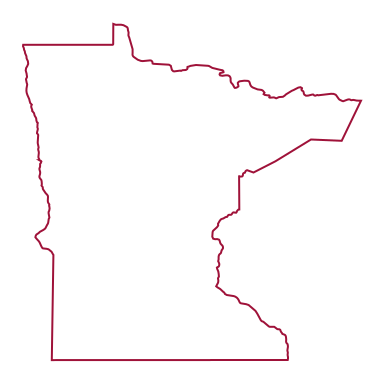 SVG path tracing the border of Minnesota
{"feature_id": "USA-3514", "entity_name": "Minnesota", "entity_type": "State", "adm_level": 1, "iso_a3": "USA", "parent_name": "United States of America", "parent_adm1": "", "projection": "equal_earth", "projection_center": [-93.694, 46.435], "detail": "fine", "context": "isolated", "style": "outline", "palette": "rose", "viewbox_px": 384, "rotation_deg": 0, "n_neighbors": 0, "source": "natural_earth", "source_scale": "10m", "svg_char_len": 5730}
<svg xmlns="http://www.w3.org/2000/svg" viewBox="0 0 384 384"><path d="M23.2,44.8L112.4,44.8L112.8,44.7L113.1,44.4L113.2,43.8L113.3,23.9L115.8,24.8L121.0,24.7L123.5,25.2L126.5,26.8L127.2,27.3L127.7,28.2L128.0,30.4L128.4,31.7L128.6,32.7L128.4,35.2L128.7,36.3L129.2,37.4L132.6,49.2L132.6,53.2L132.5,54.2L132.6,55.2L133.0,56.1L133.6,56.8L137.7,59.7L140.9,60.9L142.7,61.1L150.0,60.4L150.8,60.5L151.2,60.6L151.6,60.9L152.0,61.3L152.3,61.7L152.4,62.1L152.6,63.5L153.5,63.8L169.0,64.7L170.8,65.8L171.9,69.9L173.2,71.2L174.2,71.4L180.3,70.6L181.0,70.9L182.5,70.2L185.8,70.0L187.2,69.1L187.5,68.3L187.4,67.5L187.5,66.9L189.0,66.5L190.4,65.9L196.0,65.0L208.1,65.8L209.2,66.1L212.3,67.9L219.2,69.6L222.6,70.3L223.4,71.2L223.5,72.2L222.7,72.5L220.8,72.9L219.9,73.3L219.6,74.6L220.2,75.4L221.4,75.6L222.3,75.8L226.0,75.3L228.0,75.4L229.5,76.1L230.3,77.3L230.6,78.3L230.6,80.6L230.8,81.9L231.3,82.8L232.8,84.5L234.3,87.3L234.8,87.9L235.6,87.9L236.8,87.5L237.8,86.9L238.4,86.4L238.3,85.2L237.9,84.1L237.8,82.9L238.7,81.8L239.7,81.3L244.3,80.7L248.0,80.9L249.2,81.6L249.7,82.8L250.1,84.2L250.7,85.6L251.4,86.5L252.2,87.1L253.0,87.6L257.6,89.4L261.4,89.9L262.3,90.3L263.1,90.9L264.5,92.7L263.6,94.1L264.7,94.9L267.9,95.4L268.8,95.3L269.2,95.4L269.6,95.8L269.6,96.4L269.4,97.0L269.3,97.4L269.9,97.7L273.7,97.4L274.7,97.6L275.5,98.1L276.3,98.3L279.0,97.1L282.9,96.8L284.6,95.7L286.1,94.3L291.8,90.8L293.7,90.0L294.6,89.5L298.3,87.6L300.4,87.2L301.9,88.0L302.0,88.6L301.5,89.2L301.5,89.7L301.8,90.4L302.2,90.7L302.7,90.9L303.2,91.3L303.6,92.1L303.9,93.8L304.4,94.7L306.0,95.7L308.1,95.6L312.1,94.6L313.1,94.5L313.7,94.9L314.2,95.4L315.1,95.7L315.6,95.6L316.9,95.1L317.4,95.0L317.7,95.1L317.9,95.2L318.2,95.3L331.0,93.8L333.6,93.9L335.6,94.7L336.2,95.3L338.6,98.7L339.2,99.4L339.8,99.8L342.5,101.1L343.3,101.2L347.6,99.6L348.6,99.4L349.3,99.4L350.1,99.6L351.0,100.1L351.6,100.2L353.1,99.9L354.0,100.0L356.8,100.6L361.0,100.7L341.7,140.8L311.0,139.5L275.4,161.3L253.5,172.5L247.1,170.2L246.4,170.5L245.7,171.0L245.4,171.5L245.0,172.5L244.9,172.7L244.6,172.8L243.9,173.0L243.7,173.1L243.4,173.3L243.2,173.5L243.1,173.8L243.0,174.2L242.8,175.6L242.6,176.0L242.2,176.4L241.6,176.5L240.8,176.6L240.0,176.5L239.2,176.2L239.1,176.4L239.3,209.5L238.4,209.6L237.9,210.0L237.3,210.7L236.8,211.4L236.6,212.2L236.2,212.7L235.2,212.7L234.1,212.4L233.3,212.4L232.6,212.9L231.6,214.4L231.0,214.8L229.1,214.8L228.7,214.9L227.9,215.5L227.4,216.5L227.2,216.8L226.8,216.9L225.6,217.1L223.3,218.5L222.4,218.7L221.0,219.3L219.8,220.7L218.0,223.8L218.2,225.5L217.0,227.2L213.2,230.7L212.8,231.4L212.6,232.3L212.3,236.7L213.2,238.7L215.1,239.2L217.3,239.1L219.1,239.7L219.6,240.6L220.2,242.8L220.6,243.7L221.4,244.6L222.2,245.4L222.8,246.3L223.0,247.4L222.9,248.5L221.6,250.4L221.0,252.8L220.5,253.5L219.8,254.0L219.2,254.7L218.8,255.7L218.6,256.8L218.6,259.4L218.3,260.6L218.2,261.3L218.4,261.6L219.2,263.5L219.3,264.8L219.0,266.0L218.4,266.8L217.5,267.1L216.9,267.6L217.2,268.9L218.3,271.5L218.7,274.0L218.9,276.5L218.8,276.8L218.2,277.8L218.0,278.5L218.3,280.3L218.3,281.1L218.1,282.6L216.2,286.3L217.4,287.3L220.2,289.0L223.4,292.0L224.2,292.5L224.5,293.0L224.7,293.5L224.9,293.9L226.8,295.0L233.8,296.1L235.4,296.7L237.0,297.8L238.3,299.4L239.5,301.9L239.8,302.5L240.3,303.0L240.9,303.3L246.2,304.2L248.6,305.0L255.5,310.9L257.3,313.7L260.7,320.0L261.6,321.1L263.4,321.8L268.7,326.3L269.2,326.6L269.8,326.8L274.2,326.8L274.4,326.9L277.0,328.9L277.3,329.1L277.7,329.2L279.4,329.3L279.9,329.6L280.2,329.8L280.4,330.2L280.6,331.0L281.0,331.8L282.0,333.1L282.4,333.9L284.3,334.6L284.9,334.9L285.4,335.4L285.7,336.0L285.9,336.6L286.1,338.1L286.2,339.4L286.1,341.1L286.1,341.7L286.2,342.2L286.4,342.7L286.6,343.1L287.3,343.8L287.6,344.2L287.7,344.8L287.9,345.9L287.9,347.0L287.4,350.2L287.4,350.8L287.8,352.3L287.8,353.0L287.6,354.8L287.7,355.6L288.0,357.1L288.0,357.9L288.0,358.6L287.7,360.0L51.8,360.1L53.4,254.9L53.2,254.7L51.7,252.0L51.3,251.5L50.2,250.7L49.7,250.2L48.5,249.3L46.6,248.8L43.0,248.4L42.1,247.7L41.2,246.0L39.6,242.4L38.7,241.1L36.6,238.8L35.4,237.3L35.6,236.1L36.2,234.9L36.5,234.5L38.6,233.1L39.7,232.0L40.1,231.7L43.4,229.9L44.6,229.0L45.1,228.6L45.6,227.9L47.0,225.1L47.9,223.6L48.2,222.6L48.7,219.1L48.8,218.8L49.4,217.6L48.6,213.3L48.6,212.0L49.2,210.7L49.5,209.1L49.6,208.4L49.3,206.2L49.1,205.9L49.2,205.2L49.3,204.8L49.3,204.4L48.3,202.9L48.1,202.4L47.9,201.8L47.8,200.6L48.0,196.9L47.8,195.7L47.1,194.7L45.6,193.1L43.1,189.4L42.8,188.7L42.8,188.2L42.8,187.7L42.7,187.2L42.5,186.8L41.8,186.0L41.5,185.6L41.8,184.5L41.8,183.3L41.6,181.1L41.3,180.0L39.9,178.2L39.5,177.4L39.4,176.2L40.0,174.2L40.2,172.9L40.1,171.7L39.5,169.7L39.4,168.8L39.5,168.2L39.9,167.3L40.0,166.9L40.1,166.2L40.1,164.3L40.2,163.7L40.9,162.9L41.1,162.0L41.3,161.8L41.4,161.5L41.2,161.2L40.9,160.9L40.4,160.8L40.0,160.5L39.5,160.4L39.2,160.2L39.4,160.2L39.4,159.8L39.2,159.1L38.7,158.2L38.5,157.6L38.4,156.9L38.8,153.2L38.8,152.0L38.2,149.7L38.2,149.0L38.3,148.5L38.5,148.0L38.6,147.5L38.4,146.3L37.8,143.6L37.7,142.3L38.2,135.1L38.0,134.5L37.6,134.0L37.0,133.3L37.1,132.2L37.8,129.3L37.8,128.5L37.4,127.5L37.4,126.5L37.5,125.4L37.5,124.0L37.5,123.8L37.8,123.2L37.8,122.9L37.6,122.6L36.9,122.1L36.4,120.5L36.2,118.5L35.8,117.5L35.2,116.6L34.6,115.5L34.1,113.5L33.8,112.8L32.8,111.7L32.6,111.4L32.3,111.2L32.2,111.1L32.1,110.8L32.3,110.4L32.3,110.1L31.3,107.3L31.2,106.0L31.8,104.7L30.3,103.1L29.7,101.2L29.2,99.1L27.4,95.0L26.7,92.9L26.4,90.8L26.5,88.5L27.2,84.6L27.0,83.7L26.7,82.9L26.0,79.3L26.2,78.6L26.8,77.6L27.0,77.0L27.0,76.3L26.8,75.4L26.6,73.7L25.7,70.4L26.1,68.1L27.3,66.0L28.2,63.9L27.9,61.2L27.0,59.3L26.6,58.4L26.4,56.2L25.1,53.2L24.8,51.3L24.6,50.8L24.3,50.3L24.1,49.8L23.8,48.0L23.4,47.1L23.0,46.2L23.2,44.8Z" fill="none" stroke="#9f1239" stroke-width="2"/></svg>